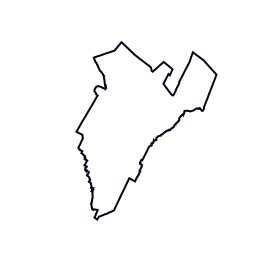 Noria de Ángeles, Zacatecas, Mexico, rotated 295°
{"feature_id": "50627088B97712252064596", "entity_name": "Noria de Ángeles", "entity_type": "district", "adm_level": 2, "iso_a3": "MEX", "parent_name": "Mexico", "parent_adm1": "Zacatecas", "projection": "mercator", "projection_center": [-101.924, 22.398], "detail": "fine", "context": "isolated", "style": "outline", "palette": "ink", "viewbox_px": 256, "rotation_deg": 295, "n_neighbors": 0, "source": "geoboundaries", "source_scale": "gbopen_adm2", "svg_char_len": 5520}
<svg xmlns="http://www.w3.org/2000/svg" viewBox="0 0 256 256"><g transform="rotate(295 128 128)"><path d="M202.2,85.6L192.4,83.1L186.1,76.4L185.6,75.9L184.7,75.0L184.2,74.5L183.7,73.9L180.4,70.5L180.2,70.2L179.3,69.3L179.2,69.1L178.9,68.8L178.3,68.2L177.3,67.3L174.9,69.7L174.2,70.7L172.9,72.7L172.3,73.1L172.2,73.7L172.1,73.9L171.8,74.3L171.2,74.7L170.4,75.4L170.2,75.8L169.8,76.4L169.4,76.9L169.1,77.0L168.8,77.4L168.6,77.6L168.4,78.0L168.2,78.3L168.0,78.6L168.0,78.8L167.7,79.4L167.6,79.8L167.5,80.1L167.3,80.4L167.1,80.7L166.8,81.3L166.3,82.3L165.9,82.7L165.4,83.4L165.0,83.9L165.0,84.3L164.5,84.2L163.8,84.7L163.5,84.9L163.1,85.1L162.9,85.4L162.7,85.6L162.2,85.8L161.8,86.1L161.6,86.3L161.2,86.5L160.9,86.8L160.6,87.0L160.3,87.1L160.2,87.1L158.6,88.1L157.4,89.2L157.5,89.4L157.5,89.5L157.0,89.9L156.3,90.5L155.4,91.1L155.3,90.8L155.4,90.5L154.8,91.0L154.6,91.0L154.4,91.1L154.1,91.1L153.9,91.0L153.6,91.0L153.7,90.6L153.7,90.2L153.8,89.6L153.8,88.9L153.7,88.0L153.8,86.6L153.8,85.6L153.2,82.9L151.5,81.7L149.7,81.5L148.3,81.5L147.7,81.7L147.2,82.1L146.7,83.1L145.8,84.5L145.5,84.8L145.3,84.7L145.1,85.1L144.6,86.8L144.3,86.7L143.8,86.7L143.1,86.6L135.9,86.0L123.2,84.7L121.3,84.6L117.1,84.1L113.0,83.7L110.0,83.5L106.9,83.2L102.8,82.9L102.5,89.6L101.4,90.2L99.8,91.4L92.7,91.5L91.0,91.4L90.4,91.4L89.6,91.4L89.1,91.4L88.6,92.5L88.4,92.4L87.9,94.0L87.6,93.9L87.6,95.2L87.7,96.4L85.5,96.4L85.1,98.6L84.9,98.6L84.6,99.4L84.3,100.8L84.0,100.9L84.0,101.0L83.1,100.9L82.7,102.2L81.5,102.0L81.4,102.0L81.3,104.8L79.8,104.7L78.5,104.6L78.0,104.6L75.7,104.3L75.7,107.0L75.3,107.0L74.8,106.8L74.4,106.7L73.9,106.5L73.8,106.3L73.2,106.5L72.8,106.6L72.0,106.7L72.0,106.8L71.1,108.6L72.2,108.8L71.4,111.0L71.3,111.3L71.1,111.3L70.9,111.2L70.5,111.2L70.3,111.3L69.4,111.2L68.8,111.0L68.6,110.7L68.1,111.0L67.6,110.9L67.3,112.8L67.1,113.3L66.8,113.8L65.7,114.6L65.7,114.8L64.8,115.4L64.8,115.6L63.7,115.7L63.5,115.4L63.2,115.4L62.8,115.3L62.2,117.8L61.8,117.8L59.7,119.7L58.2,119.7L58.4,120.5L58.3,120.4L57.8,122.6L56.9,122.5L57.1,121.3L56.1,121.8L55.2,121.6L55.0,123.0L54.2,123.2L51.5,124.6L50.3,125.2L49.6,125.5L49.5,125.3L48.0,125.7L46.1,126.3L45.4,126.6L45.2,126.7L45.1,126.8L44.0,126.4L43.8,126.6L43.6,126.6L43.4,126.7L43.2,127.1L42.2,127.8L41.6,128.1L41.0,128.6L40.5,129.1L40.0,129.5L39.2,129.9L39.0,131.1L39.8,131.2L40.9,135.1L39.4,135.4L36.7,135.3L35.3,135.5L35.1,135.6L34.9,135.6L33.8,135.5L32.7,135.4L32.0,138.8L34.6,139.1L35.1,139.2L35.4,139.3L35.9,139.8L37.6,141.4L38.8,142.5L40.1,143.6L40.8,144.3L40.5,144.2L41.2,144.9L41.8,145.5L43.0,146.3L44.1,147.3L45.8,148.9L46.6,149.4L47.4,150.1L50.0,150.1L51.3,150.1L65.4,150.2L70.1,150.3L75.5,150.3L83.0,150.4L83.0,151.1L82.9,152.0L82.8,152.8L82.7,155.3L82.6,157.0L85.0,156.9L85.8,156.9L86.0,156.9L86.5,156.9L87.7,157.0L87.9,157.2L88.1,157.3L88.8,157.3L89.9,157.5L89.9,157.2L94.0,157.4L94.1,156.5L97.5,156.7L99.2,156.7L99.5,156.5L99.9,156.4L100.4,156.4L100.5,155.7L100.5,154.5L101.3,154.5L101.3,153.5L101.6,153.4L103.6,153.6L104.8,153.6L104.8,154.6L106.2,154.6L107.4,154.7L108.2,154.7L108.3,154.7L112.1,154.8L113.2,154.8L113.3,154.9L120.2,155.0L120.7,155.3L121.3,155.8L121.6,156.5L122.2,156.8L122.7,156.1L122.8,156.1L123.0,156.4L123.2,156.2L123.3,156.4L123.5,156.3L123.6,156.0L123.9,155.9L124.0,156.0L124.3,156.0L124.4,156.5L124.8,156.8L124.9,157.0L125.7,157.1L127.0,156.7L127.6,156.6L127.3,157.0L129.2,158.8L130.0,158.2L130.9,157.9L133.5,159.0L134.9,160.8L135.0,160.7L135.2,160.8L135.5,160.9L135.9,160.9L136.0,161.0L137.3,162.2L138.4,162.4L139.0,162.6L139.4,162.9L139.6,163.0L140.0,163.5L140.2,163.3L140.5,163.5L140.8,163.6L141.1,163.7L141.8,164.4L141.8,164.6L142.6,164.9L142.9,165.4L143.4,165.6L143.2,166.1L143.6,166.3L144.0,167.2L145.2,167.1L146.0,167.6L147.2,168.6L147.7,168.7L148.1,168.8L148.6,168.8L148.9,168.9L149.0,169.1L149.5,169.0L149.8,168.9L150.2,168.9L150.5,169.1L150.8,169.2L151.1,169.2L151.2,169.3L151.3,169.7L152.5,169.6L155.4,171.0L155.8,170.7L156.0,170.7L156.4,171.0L156.5,170.8L157.2,170.9L157.9,170.6L158.3,170.3L160.7,170.7L160.7,170.9L163.6,171.9L163.1,172.7L164.3,172.6L165.6,172.6L165.7,172.4L166.0,172.3L167.3,172.0L167.9,172.8L168.1,173.3L168.4,173.9L168.8,174.8L169.0,175.5L169.2,176.5L169.4,177.5L170.0,178.3L170.7,178.9L171.3,179.6L172.0,180.2L172.5,180.4L173.2,180.9L173.9,181.3L174.8,182.0L175.0,182.4L175.4,183.4L175.0,183.8L175.2,184.1L175.8,184.2L176.1,184.4L176.4,184.6L176.3,184.9L174.8,187.7L175.1,188.5L178.0,188.7L178.9,188.1L181.3,187.9L190.8,187.3L192.9,187.1L194.5,187.0L195.3,186.9L196.0,186.9L196.9,186.9L198.7,186.7L203.6,186.4L203.8,186.4L206.0,186.2L206.5,186.2L208.2,186.1L209.5,186.0L212.9,185.7L213.8,185.7L215.9,180.7L218.5,174.4L218.7,174.0L219.5,172.1L220.6,169.6L221.4,167.5L221.6,166.7L222.0,164.5L222.6,162.0L222.6,161.7L223.0,159.5L224.0,154.8L222.9,154.9L222.6,155.0L221.2,155.1L219.1,155.3L213.8,155.9L210.7,155.8L210.6,155.7L209.1,155.7L207.9,155.6L207.1,155.6L206.1,155.5L205.4,155.5L203.6,155.4L202.3,155.4L200.1,155.3L197.5,155.2L191.2,154.9L190.5,155.5L189.7,155.5L187.0,155.4L182.5,155.3L182.3,155.5L179.6,155.4L176.7,155.2L176.3,154.3L176.7,153.2L177.4,151.8L181.4,144.3L183.0,141.5L184.6,141.5L189.0,141.7L189.3,141.7L194.0,141.9L193.5,143.7L200.0,143.5L200.1,143.2L200.4,142.2L201.2,139.3L201.9,136.6L202.3,135.0L202.4,134.4L203.0,132.5L197.6,130.1L194.7,128.9L189.5,126.6L189.9,125.2L191.9,123.8L192.5,123.2L192.7,122.8L193.4,120.2L193.9,117.7L194.2,116.3L195.3,111.4L195.8,109.0L197.1,103.5L197.3,102.8L198.8,98.4L199.9,95.1L203.0,85.9L202.2,85.6Z" fill="none" stroke="#020617" stroke-width="2"/></g></svg>